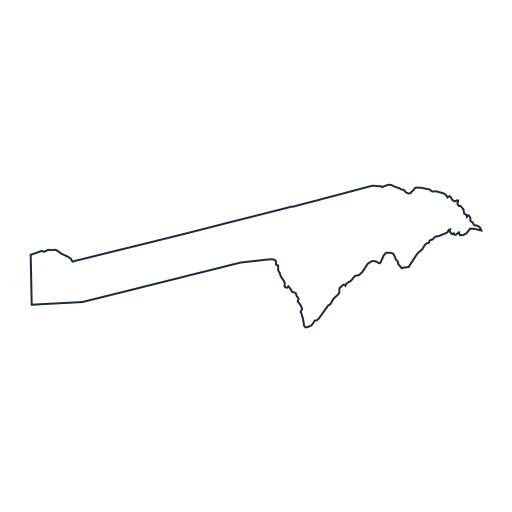 the Region of Caprivi
{"feature_id": "NAM-3356", "entity_name": "Caprivi", "entity_type": "Region", "adm_level": 1, "iso_a3": "NAM", "parent_name": "Namibia", "parent_adm1": "", "projection": "equal_earth", "projection_center": [23.77, -17.975], "detail": "fine", "context": "isolated", "style": "outline", "palette": "slate", "viewbox_px": 512, "rotation_deg": 0, "n_neighbors": 0, "source": "natural_earth", "source_scale": "10m", "svg_char_len": 3548}
<svg xmlns="http://www.w3.org/2000/svg" viewBox="0 0 512 512"><path d="M73.0,261.7L74.9,260.9L82.5,259.1L108.9,252.5L135.4,246.0L161.8,239.5L188.3,232.9L209.8,227.4L231.3,221.9L252.8,216.5L274.4,211.0L283.2,208.8L287.5,207.7L291.2,206.7L293.2,206.7L296.3,205.8L300.8,204.6L305.4,203.4L309.9,202.2L314.4,201.1L318.9,199.9L323.4,198.6L327.9,197.5L332.4,196.3L337.0,195.1L341.5,193.9L346.0,192.7L350.5,191.5L355.0,190.3L359.6,189.1L364.1,187.9L368.6,186.7L371.7,185.9L373.6,185.7L375.6,186.0L381.2,186.3L382.4,187.2L383.2,186.6L387.6,185.0L389.5,184.7L391.4,185.1L395.9,187.2L399.0,188.0L401.0,189.3L403.7,189.9L404.5,190.7L405.2,191.6L406.1,192.5L407.8,193.3L408.7,193.5L409.7,193.4L410.8,192.8L412.4,190.9L413.6,190.1L414.2,189.1L414.9,188.1L415.9,187.7L420.7,187.7L429.7,189.5L430.2,189.8L430.8,190.5L431.5,191.2L432.6,191.5L436.0,191.3L443.2,193.2L446.0,194.9L447.4,197.4L449.5,196.1L450.8,197.3L452.1,199.6L453.8,201.2L454.8,201.3L456.8,200.5L457.9,200.3L458.2,200.7L457.5,203.2L457.5,204.1L458.2,205.2L458.7,205.8L459.5,206.0L460.7,206.0L461.0,206.5L462.9,208.7L463.3,209.0L464.1,213.2L464.3,213.8L465.3,214.1L466.1,214.9L466.6,215.9L466.9,216.8L467.8,215.2L468.5,215.2L470.1,217.3L470.4,218.1L470.3,219.9L470.4,220.7L470.9,221.3L472.1,222.1L472.7,222.6L474.0,225.0L474.8,225.4L476.6,225.5L478.0,226.0L479.5,227.1L480.6,228.7L481.3,230.5L474.4,228.8L470.1,228.7L466.6,233.2L463.1,235.1L459.9,235.2L458.9,232.3L455.9,234.7L454.6,234.9L453.7,233.3L452.1,234.2L451.3,233.6L450.6,232.4L449.5,231.4L450.1,229.4L449.0,229.7L448.5,230.3L448.1,231.3L447.3,232.3L446.6,232.8L438.8,236.1L436.8,236.3L435.0,236.9L432.5,239.5L430.3,240.1L429.7,240.6L429.0,242.6L428.1,243.0L427.2,243.2L426.2,243.7L425.5,244.3L424.9,244.9L422.0,249.6L418.4,252.5L416.8,254.4L411.5,262.6L411.1,262.9L410.8,263.7L409.3,265.9L409.0,266.8L407.9,267.1L403.0,267.7L401.7,268.2L398.1,263.9L397.9,261.7L397.4,260.9L396.7,260.4L395.9,259.5L394.1,255.0L392.8,253.5L390.5,252.9L386.9,252.7L385.4,253.4L383.6,255.6L380.6,262.4L379.6,263.3L378.7,263.1L376.9,261.9L375.7,261.4L373.5,261.0L371.4,261.4L367.7,263.8L362.6,271.7L359.1,275.0L355.3,275.9L354.4,276.5L351.4,280.3L350.5,281.1L347.5,282.8L346.2,284.0L345.7,284.7L345.4,285.7L344.9,285.2L344.4,284.8L343.8,284.6L343.2,284.8L339.5,288.1L339.2,293.0L337.5,295.1L334.4,297.8L333.1,299.3L331.2,302.9L330.0,304.5L328.4,305.2L318.5,318.9L316.9,320.2L314.7,320.7L312.2,324.5L311.5,325.2L311.0,325.6L307.3,327.2L305.4,327.3L304.1,325.8L303.2,319.9L301.6,313.9L300.6,311.9L302.1,309.0L301.1,306.0L297.7,301.2L298.6,298.9L298.0,297.6L296.9,296.5L296.3,294.9L295.9,293.3L294.8,292.6L293.4,292.3L291.9,291.6L291.4,290.4L289.8,288.0L288.3,286.3L287.2,287.7L286.3,287.6L285.3,287.1L284.7,286.7L284.6,286.0L284.8,283.6L284.7,282.8L284.1,281.3L280.9,276.5L279.7,273.0L278.5,270.9L278.2,270.1L278.1,269.1L278.2,265.8L277.8,265.3L277.1,265.2L276.3,264.9L276.0,263.9L276.0,262.0L275.8,261.0L275.2,260.4L273.9,259.5L269.9,259.3L262.6,260.1L253.5,261.1L241.0,262.5L231.8,264.7L222.9,267.0L214.1,269.2L205.2,271.4L196.3,273.6L187.4,275.8L178.5,278.1L169.6,280.3L160.7,282.5L151.9,284.7L143.0,286.9L134.1,289.2L125.2,291.4L116.3,293.6L107.4,295.8L98.6,298.0L89.7,300.2L87.9,300.7L86.1,301.1L84.3,301.6L82.5,302.0L80.5,302.1L78.5,302.2L73.6,302.5L68.6,302.8L63.7,303.0L58.7,303.3L52.8,303.6L46.8,303.9L40.9,304.2L35.0,304.6L31.7,304.7L30.7,254.8L32.2,254.3L41.9,250.9L43.7,251.8L45.4,251.3L47.2,250.2L49.1,249.8L50.7,250.2L55.0,249.8L56.7,250.3L61.5,253.8L67.5,256.5L70.6,258.5L72.4,261.4L73.0,261.7Z" fill="none" stroke="#1e293b" stroke-width="2"/></svg>